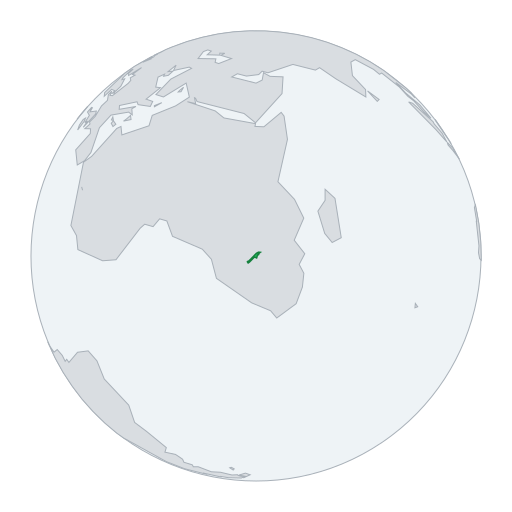 Caprivi on an orthographic globe, rotated 326°
{"feature_id": "NAM-3356", "entity_name": "Caprivi", "entity_type": "Region", "adm_level": 1, "iso_a3": "NAM", "parent_name": "Namibia", "parent_adm1": "", "projection": "orthographic", "projection_center": [23.77, -17.975], "detail": "fine", "context": "on_globe", "style": "filled", "palette": "green", "viewbox_px": 512, "rotation_deg": 326, "n_neighbors": 0, "source": "natural_earth", "source_scale": "10m", "svg_char_len": 6037}
<svg xmlns="http://www.w3.org/2000/svg" viewBox="0 0 512 512"><g transform="rotate(326 256 256)"><circle cx="256" cy="256" r="225" fill="#eef3f6" stroke="#a8b0b8"/><path d="M35.1,212.0L35.3,211.0L34.6,214.4L34.8,222.8L38.9,222.4L39.8,230.1L38.9,236.6L41.3,235.8L41.4,239.6L54.2,236.0L63.8,240.8L65.5,254.0L61.4,273.1L67.1,308.5L62.3,326.1L67.3,340.6L74.5,364.7L70.8,367.7L78.3,375.5L81.5,383.4L80.9,386.7L86.4,393.5L86.2,395.7L90.3,398.5L98.3,409.9L105.6,415.4L113.6,424.1L118.5,427.1L118.4,427.9L120.5,430.3L123.5,432.4L119.7,431.9L109.2,424.4L103.6,419.1L103.4,419.6L90.7,406.2L93.5,409.9L77.9,392.5L66.6,376.2L44.5,332.9L41.9,326.0L41.7,325.6L37.2,309.8L33.9,293.7L31.7,277.4L30.8,261.0L31.0,244.6L32.4,228.2L35.1,212.0ZM128.8,434.1L121.4,432.9L124.3,433.0L119.4,428.1L125.8,430.1L128.8,434.1ZM117.4,420.7L115.8,416.9L117.4,417.4L118.9,420.3L117.4,420.7ZM465.5,173.2L466.0,174.6L474.4,200.8L474.5,201.1L475.9,207.2L476.2,213.7L475.4,208.7L468.9,190.3L471.2,204.4L476.3,222.4L478.1,239.6L475.8,230.8L473.5,215.5L471.2,208.6L469.3,195.9L462.5,174.6L460.0,174.4L457.8,167.0L448.1,148.7L443.1,148.3L436.8,160.4L439.9,179.3L436.0,185.6L421.3,153.8L414.0,135.4L409.2,135.1L393.7,117.8L368.4,110.8L364.4,106.2L359.7,107.1L348.7,101.5L342.5,94.5L336.0,94.0L352.7,112.7L359.5,113.6L364.7,108.3L368.1,114.9L378.6,122.6L368.4,135.9L330.1,145.3L325.8,131.2L293.5,95.0L294.1,91.5L293.9,91.1L293.5,90.4L291.2,95.9L285.4,89.7L303.3,112.9L306.6,123.6L329.6,146.0L327.6,148.0L334.8,153.3L357.2,151.0L357.5,155.7L347.3,176.9L315.7,206.7L319.6,230.6L316.8,251.3L296.5,264.3L297.7,281.4L287.1,287.1L286.0,297.1L277.1,307.7L262.6,318.0L238.5,319.0L237.5,309.6L226.2,292.4L210.7,252.4L217.2,233.8L215.3,220.3L197.8,193.0L201.7,177.1L196.9,171.3L187.1,174.1L181.5,167.4L175.5,168.2L137.8,180.8L126.2,174.2L111.9,151.1L118.6,138.7L119.6,127.2L165.4,81.8L175.4,81.5L211.9,72.4L216.5,73.1L212.5,80.6L240.1,88.2L248.6,81.4L273.3,86.6L289.6,87.0L294.8,73.6L268.2,72.4L263.3,66.2L284.3,61.7L307.5,64.4L306.3,62.1L291.4,56.1L296.5,53.1L286.2,54.0L290.6,56.3L284.3,57.2L279.9,55.3L281.9,54.1L274.8,52.9L267.3,59.9L270.9,63.0L252.6,64.5L256.8,70.1L252.0,72.9L242.9,64.6L243.6,61.6L227.0,54.9L224.6,57.9L240.1,64.9L235.4,64.5L232.3,69.8L230.9,65.5L214.6,58.1L197.9,62.1L177.0,77.9L167.2,81.1L158.7,80.6L165.9,67.2L187.1,61.8L190.0,58.0L185.3,54.7L192.2,53.7L192.9,51.9L200.9,50.3L211.8,45.2L219.9,43.9L223.9,39.6L228.6,38.7L224.8,41.2L226.6,42.8L246.6,41.4L250.4,40.4L251.4,38.0L256.8,38.4L255.1,36.4L266.5,35.8L251.3,35.1L252.0,33.4L258.7,32.4L256.2,32.0L245.4,33.8L243.5,34.8L246.2,35.7L238.8,39.7L231.9,40.9L229.5,37.1L219.5,38.7L221.9,35.9L249.8,31.0L261.6,30.8L281.7,32.6L279.1,32.9L270.6,32.1L278.7,33.8L278.0,33.1L282.4,33.8L284.3,33.2L287.5,33.7L283.7,32.6L287.9,33.2L290.3,33.8L296.6,34.4L303.4,35.8L318.7,39.6L333.7,44.6L348.4,50.5L362.6,57.5L376.2,65.5L389.3,74.4L401.7,84.2L413.4,94.8L424.3,106.2L434.4,118.4L443.6,131.3L451.9,144.7L459.2,158.7L465.5,173.2ZM150.1,101.2L149.0,104.5L150.1,101.2ZM332.7,75.6L346.1,78.6L339.0,69.9L343.5,70.5L339.4,67.6L338.4,69.3L328.1,61.9L333.5,61.1L331.3,58.2L326.7,57.1L318.4,59.9L333.0,70.1L330.4,72.6L332.7,75.6ZM35.4,210.6L35.2,212.1L34.8,213.3L35.4,210.6ZM189.0,46.2L191.8,46.3L188.9,48.3L178.6,51.8L182.8,48.7L189.0,46.2ZM196.5,46.2L196.8,42.4L203.2,40.7L199.5,42.2L203.7,41.4L199.0,43.7L204.7,46.5L202.5,48.6L184.8,52.7L191.8,49.9L188.7,49.7L196.5,46.2ZM194.1,39.4L200.3,37.8L198.5,38.4L188.2,41.3L184.2,42.5L186.5,41.7L194.1,39.4ZM221.6,70.1L225.1,70.0L230.6,69.3L228.7,73.0L221.6,70.1ZM210.2,65.0L213.4,64.2L213.5,68.4L209.8,68.7L210.2,65.0ZM215.1,60.6L213.6,63.9L212.2,62.3L215.1,60.6ZM227.8,40.7L231.2,40.1L231.5,40.6L229.7,41.7L227.8,40.7ZM290.3,75.6L285.7,77.9L283.2,76.5L285.3,76.0L290.3,75.6ZM255.8,74.5L263.7,76.2L255.2,75.5L255.8,74.5ZM361.6,384.4L361.7,388.5L358.8,387.8L361.6,384.4ZM353.7,252.4L336.9,288.5L326.7,287.4L325.6,275.7L332.4,253.4L344.4,248.5L350.6,239.3L353.7,252.4ZM478.8,289.5L478.2,278.4L477.3,271.5L478.1,268.7L479.5,276.5L478.8,289.5ZM478.0,268.3L475.8,251.6L468.7,213.6L471.3,217.0L477.9,243.6L477.6,246.2L479.0,258.2L478.0,268.3ZM480.7,272.0L480.8,266.9L480.6,262.7L480.5,248.6L480.6,243.5L480.9,245.9L480.9,242.8L480.7,272.0ZM440.8,181.5L445.6,195.1L443.0,195.6L440.8,181.5ZM440.4,385.5L439.9,383.3L442.3,377.7L446.5,372.3L458.3,349.9L458.0,351.4L464.2,337.9L466.5,336.4L459.1,353.4L450.4,369.8L440.4,385.5Z" fill="#d9dde1" stroke="#a8b0b8" stroke-width="1"/><path d="M247.1,256.2L247.4,256.1L248.4,255.9L249.3,255.8L250.2,255.6L251.2,255.4L251.9,255.2L252.7,255.1L253.5,254.9L254.2,254.8L254.5,254.7L254.8,254.6L255.0,254.6L255.3,254.5L255.5,254.5L255.8,254.4L256.0,254.4L256.3,254.3L256.5,254.3L256.8,254.2L257.1,254.2L257.3,254.1L257.6,254.1L257.8,254.0L258.0,254.1L258.3,254.0L258.5,254.1L258.8,254.2L259.0,254.3L259.1,254.2L259.3,254.1L259.8,254.2L260.0,254.2L260.2,254.3L260.3,254.3L260.5,254.4L260.6,254.5L260.8,254.5L260.7,254.5L260.8,254.6L261.0,254.8L261.2,255.0L261.3,255.1L261.5,255.2L261.6,255.3L261.3,255.3L261.2,255.3L260.9,255.4L260.7,255.4L260.4,255.3L260.5,255.3L260.4,255.3L260.1,255.5L259.9,255.5L259.7,255.6L259.5,255.8L259.3,255.9L259.3,256.0L259.1,256.2L259.0,256.3L258.8,256.3L258.6,256.2L258.4,255.9L258.2,255.9L258.1,256.0L257.9,256.2L257.7,256.2L257.4,256.4L257.2,256.5L256.9,256.7L256.8,256.8L256.7,256.8L256.5,257.0L256.4,257.2L256.3,257.3L256.2,257.3L255.8,257.7L255.7,257.8L255.4,258.0L255.3,257.9L255.2,257.6L255.2,257.4L255.1,257.2L254.9,257.0L254.8,256.9L254.7,256.8L254.6,256.7L254.4,256.5L254.4,256.4L254.3,256.2L254.2,256.1L253.8,256.1L253.5,256.1L253.1,256.2L252.7,256.2L252.4,256.3L252.1,256.4L251.8,256.4L251.5,256.5L251.2,256.6L250.8,256.6L250.5,256.7L250.2,256.8L249.9,256.8L249.6,256.9L249.3,257.0L248.9,257.0L248.6,257.1L248.3,257.1L248.0,257.2L247.7,257.3L247.4,257.3L247.1,257.3L246.9,257.4L246.6,257.4L246.4,257.4L246.2,257.4L245.8,257.4L245.6,257.4L245.6,256.0L246.0,255.9L246.1,256.0L246.1,255.9L246.3,255.9L246.5,255.9L246.7,256.0L246.9,256.1L247.0,256.1L247.1,256.2Z" fill="#22c55e" stroke="#15803d" stroke-width="1.5"/></g></svg>